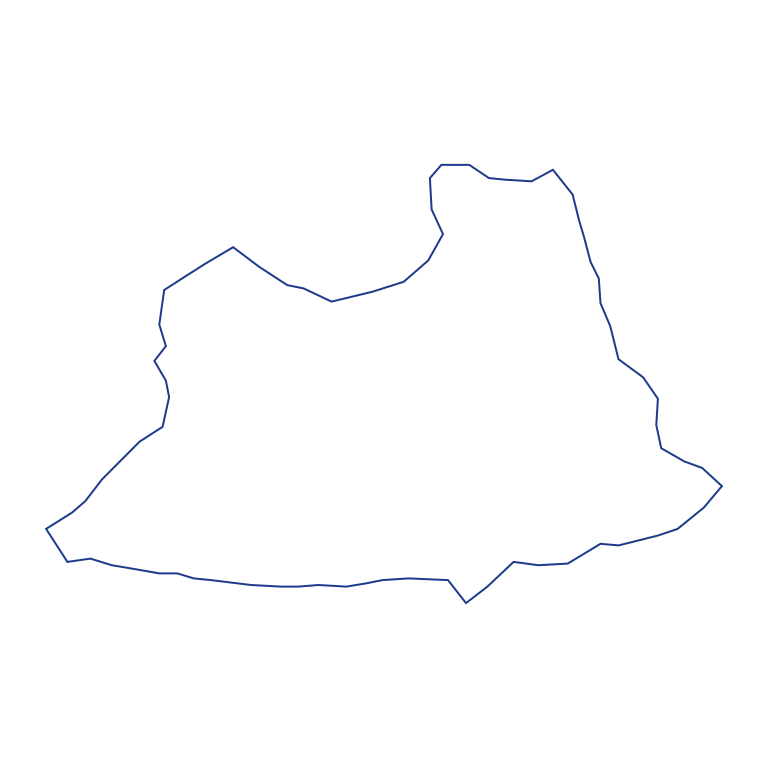 Karmi, Cyprus (Albers equal-area conic projection)
{"feature_id": "46923920B51848202529544", "entity_name": "Karmi", "entity_type": "district", "adm_level": 2, "iso_a3": "CYP", "parent_name": "Cyprus", "parent_adm1": "", "projection": "albers", "projection_center": [33.262, 35.32], "detail": "fine", "context": "isolated", "style": "outline", "palette": "blue", "viewbox_px": 768, "rotation_deg": 0, "n_neighbors": 0, "source": "geoboundaries", "source_scale": "gbopen_adm2", "svg_char_len": 1022}
<svg xmlns="http://www.w3.org/2000/svg" viewBox="0 0 768 768"><path d="M154.4,360.9L165.9,380.7L169.1,397.1L162.6,426.8L139.6,441.6L121.6,459.7L101.9,479.5L85.5,500.9L72.3,512.4L46.1,528.9L67.4,561.9L90.4,558.6L111.7,565.2L131.4,568.5L159.3,573.4L177.3,573.4L193.7,578.4L210.1,580.0L251.1,585.0L280.7,586.6L298.7,586.6L318.4,585.0L346.3,586.6L366.0,583.4L382.4,580.1L408.6,578.4L448.0,580.1L466.0,603.1L487.4,586.6L513.6,561.9L538.2,565.2L567.7,563.6L600.5,543.8L618.6,545.4L658.0,535.5L677.6,528.9L703.9,507.5L721.9,486.1L702.2,468.0L684.2,461.4L661.2,448.2L656.3,425.1L657.9,398.8L643.2,377.4L618.5,359.2L610.3,326.3L600.5,303.2L598.8,278.5L590.6,262.0L584.1,237.3L579.2,220.9L572.6,194.5L552.9,169.8L531.6,181.3L505.4,179.7L489.0,178.1L469.3,164.9L441.4,164.9L429.9,178.1L431.6,209.4L443.0,234.1L428.3,260.4L403.7,281.8L372.5,291.7L331.5,301.6L303.6,288.4L287.2,285.1L259.4,267.0L233.1,247.2L205.3,263.7L187.2,275.2L164.2,290.0L159.3,324.6L165.9,346.1L154.4,360.9Z" fill="none" stroke="#1e3a8a" stroke-width="2"/></svg>